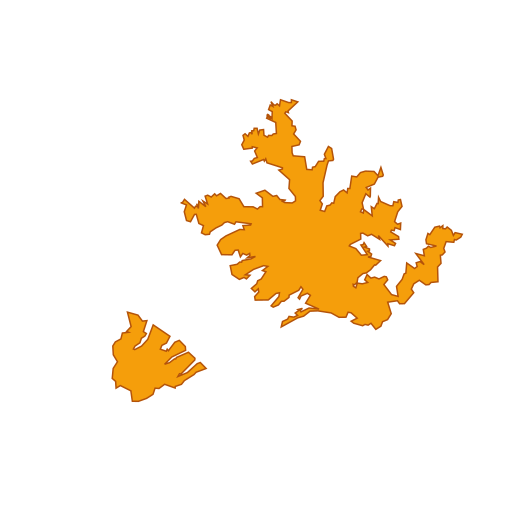 the district of Hasvik nor, Finnmark, Norway, rotated 59°
{"feature_id": "86288312B50454164159248", "entity_name": "Hasvik nor", "entity_type": "district", "adm_level": 2, "iso_a3": "NOR", "parent_name": "Norway", "parent_adm1": "Finnmark", "projection": "orthographic", "projection_center": [22.251, 70.523], "detail": "fine", "context": "isolated", "style": "filled", "palette": "amber", "viewbox_px": 512, "rotation_deg": 59, "n_neighbors": 0, "source": "geoboundaries", "source_scale": "gbopen_adm2", "svg_char_len": 6147}
<svg xmlns="http://www.w3.org/2000/svg" viewBox="0 0 512 512"><g transform="rotate(59 256 256)"><path d="M343.6,68.0L338.5,73.3L340.0,76.2L334.6,75.3L329.6,77.2L330.3,79.6L328.7,81.7L326.2,80.2L326.6,83.7L324.9,83.3L323.4,87.9L327.2,96.0L325.2,97.0L329.6,102.0L333.3,103.5L340.4,96.2L338.7,101.8L336.4,103.2L337.1,105.9L336.5,109.2L342.5,111.6L336.2,117.7L350.0,116.3L345.2,118.3L344.3,122.2L348.1,123.3L348.4,126.5L339.6,130.4L347.9,136.4L347.6,138.2L351.3,142.8L354.4,151.2L363.8,155.0L358.9,159.7L346.3,161.1L344.3,155.4L341.0,155.0L339.5,156.6L339.0,162.4L335.2,165.2L334.1,168.9L329.1,170.3L332.4,175.1L336.2,173.9L334.6,179.2L331.4,183.1L334.7,186.8L332.1,188.1L330.3,187.3L331.4,186.3L330.6,182.9L327.1,179.9L326.1,173.4L327.3,170.1L326.8,164.9L324.7,158.9L325.5,158.1L324.1,151.6L314.5,160.5L315.5,157.7L313.9,155.9L309.5,157.8L310.0,156.1L308.4,155.1L304.2,158.4L304.7,156.3L300.2,156.5L301.4,158.3L300.6,160.4L312.2,159.9L309.6,165.3L301.1,166.6L294.9,171.3L295.6,170.4L294.6,169.5L295.5,157.5L290.5,154.7L291.4,152.6L296.2,149.9L296.9,145.8L305.3,141.5L301.5,140.6L315.5,137.8L313.4,136.6L318.5,132.0L317.1,129.9L311.3,132.7L315.2,124.9L312.8,123.8L304.7,128.1L303.6,126.6L305.4,124.5L303.3,122.2L307.7,118.6L302.3,115.0L301.7,118.3L297.9,119.5L291.1,111.7L288.7,105.3L282.0,103.1L281.3,105.2L283.2,106.8L280.4,109.9L283.4,112.8L282.0,115.1L273.5,121.1L268.8,120.7L274.0,124.3L273.3,125.2L276.4,130.2L273.1,131.8L281.5,135.7L271.6,139.7L274.4,141.9L271.9,143.7L270.2,141.2L271.2,139.7L265.0,137.6L259.2,129.8L264.2,128.0L263.6,127.2L256.8,122.9L257.1,126.0L254.0,126.3L255.3,117.5L251.3,110.8L252.9,106.4L252.1,105.2L244.4,103.3L250.0,110.1L244.3,111.3L239.6,118.5L238.3,123.5L240.1,128.9L236.8,132.8L246.5,140.8L245.4,142.6L248.8,145.4L244.5,146.9L244.2,151.0L245.9,157.5L250.8,162.2L249.5,163.6L250.5,166.3L249.5,169.5L253.2,174.2L249.9,177.4L245.5,172.3L241.4,172.7L239.4,167.6L227.7,160.8L214.7,148.3L211.8,144.9L213.7,140.9L213.0,139.7L202.8,135.8L199.4,137.5L204.0,145.0L208.5,145.9L207.8,147.3L209.6,149.1L207.1,153.6L209.9,159.2L209.0,161.8L211.0,163.5L207.9,167.9L196.0,163.2L189.3,172.5L186.1,171.9L180.6,168.8L182.9,161.8L180.6,158.8L170.8,160.9L168.5,156.7L164.9,155.7L162.9,158.1L158.9,155.5L148.5,157.8L147.7,156.1L149.8,154.4L148.2,153.9L145.4,140.8L140.3,145.2L142.7,146.6L141.4,148.9L134.7,154.5L139.4,158.5L136.4,159.5L136.8,161.6L135.8,162.8L131.4,163.7L136.5,164.5L133.9,166.0L137.0,169.8L140.6,167.7L146.4,171.5L144.3,171.6L142.9,172.5L141.6,172.5L140.1,173.4L146.3,172.5L141.7,174.3L143.7,175.5L142.8,176.3L151.7,170.3L161.5,175.4L160.3,178.4L160.9,180.4L159.1,183.1L160.1,184.9L156.6,187.0L151.5,184.4L150.0,187.9L152.6,191.1L147.1,189.3L145.6,191.8L147.4,193.4L146.5,195.2L149.7,196.6L147.6,196.7L147.1,198.3L149.3,201.3L145.6,202.4L145.9,205.0L150.6,206.4L153.3,210.9L158.2,211.5L161.6,203.6L160.4,202.9L163.9,199.3L165.3,203.1L172.3,204.1L171.5,207.2L172.7,210.2L172.0,211.8L175.3,211.7L177.2,199.8L179.0,200.0L177.7,197.6L181.8,198.6L194.0,187.9L195.1,188.6L194.1,192.2L207.9,187.9L215.1,193.0L225.3,191.6L229.1,193.7L229.2,197.6L225.1,203.8L222.4,205.4L222.1,204.2L223.4,202.8L223.1,202.2L219.9,206.4L214.8,207.1L213.6,210.8L204.2,214.5L202.3,223.5L209.4,220.6L217.1,225.0L215.8,227.0L216.5,230.6L212.4,233.1L207.5,241.0L198.2,241.0L192.0,246.7L191.6,249.1L192.4,249.3L191.3,252.1L184.1,254.2L184.1,258.8L181.4,259.4L182.4,264.0L179.0,266.1L178.5,268.8L186.5,270.7L181.5,273.2L187.9,273.6L179.7,276.8L185.6,280.9L180.7,279.8L183.3,281.1L182.2,282.2L183.3,284.1L170.6,288.1L172.4,291.7L171.5,293.1L176.4,289.3L181.1,294.7L189.8,297.3L192.9,294.5L188.7,287.3L189.5,285.7L198.7,288.2L202.9,285.4L208.1,290.8L211.6,288.6L213.4,284.7L211.7,282.8L211.3,275.9L211.9,269.3L211.1,265.8L212.0,262.6L217.7,258.1L216.4,255.5L225.9,243.6L226.7,244.7L223.2,251.6L227.4,252.5L224.9,256.2L223.3,271.4L223.7,277.8L226.7,283.7L237.1,284.8L242.6,276.0L240.3,271.0L241.7,268.2L248.7,269.8L247.0,266.0L250.4,263.6L250.5,260.1L252.4,260.9L253.0,264.4L256.1,256.7L255.9,261.8L252.8,270.2L253.9,271.5L252.8,273.1L253.4,276.4L251.0,283.1L259.5,286.1L267.5,282.3L268.2,277.3L270.7,276.0L269.4,271.1L266.6,274.8L266.2,265.0L268.2,254.4L271.0,251.2L271.8,258.0L274.6,255.6L278.4,263.4L278.1,267.3L280.2,269.7L281.4,276.7L286.2,275.4L285.3,271.0L288.3,272.2L290.1,278.1L293.4,279.4L300.0,268.1L298.4,258.2L299.6,254.8L302.6,257.3L306.5,268.7L308.7,267.6L309.5,262.0L307.9,257.6L309.2,255.2L308.5,249.1L306.6,247.7L307.4,237.0L305.5,233.3L308.7,232.9L313.4,241.4L315.4,240.9L313.5,238.0L314.4,231.2L317.7,229.6L322.0,237.8L334.0,229.3L327.9,237.3L327.1,246.2L325.4,246.2L324.8,243.2L323.5,247.6L324.7,246.9L325.1,251.8L328.3,250.9L327.9,255.0L324.8,258.8L326.4,261.4L325.8,267.0L329.8,270.9L330.5,252.2L332.1,246.1L331.1,238.1L334.9,231.2L343.5,220.9L351.3,216.4L354.8,210.4L351.6,206.0L353.7,203.7L361.4,201.3L360.9,208.0L364.0,206.8L370.7,200.5L370.8,197.8L373.0,195.5L372.9,192.1L380.6,191.1L380.5,185.1L377.5,181.4L378.3,176.0L375.1,169.8L363.4,166.9L367.2,157.8L370.9,157.5L373.3,153.3L368.7,139.7L364.4,139.9L361.1,135.1L360.9,128.5L368.2,125.3L369.6,122.4L368.8,119.6L371.8,113.3L358.9,106.0L357.6,101.2L350.3,97.6L351.0,95.7L349.9,91.9L346.2,91.2L341.6,85.6L346.1,79.4L344.1,77.4L345.4,76.2L345.3,70.8L343.6,68.0ZM278.8,436.3L286.9,442.3L291.2,440.9L297.2,444.0L297.2,439.0L307.1,432.7L316.8,436.8L320.0,431.7L321.7,423.1L321.5,415.5L317.3,410.6L319.6,407.4L318.9,400.4L327.5,393.3L326.2,392.4L327.6,386.0L325.9,381.5L325.7,370.2L324.8,367.2L326.7,356.7L318.6,358.6L318.0,361.9L320.6,374.9L319.1,385.1L317.5,382.2L318.5,381.1L313.6,362.0L312.2,361.0L303.7,363.5L302.0,376.5L302.9,377.8L302.2,378.9L302.9,385.0L301.7,390.1L299.2,380.1L300.6,364.9L297.2,363.2L288.8,365.2L288.1,370.0L292.1,379.9L290.1,380.1L291.4,382.0L286.6,386.0L284.1,382.7L284.5,377.6L280.5,371.1L262.1,379.6L271.7,391.7L274.3,400.5L273.8,408.1L272.6,409.0L270.9,406.1L270.6,400.2L267.5,396.6L267.4,392.5L266.0,389.9L262.8,391.5L255.2,382.8L253.3,386.9L245.9,387.6L237.9,395.1L252.2,399.4L254.0,405.7L255.8,404.5L253.2,410.2L257.5,414.5L257.2,420.8L259.4,425.1L267.2,429.2L275.3,429.2L278.8,436.3Z" fill="#f59e0b" stroke="#b45309" stroke-width="1.5"/></g></svg>